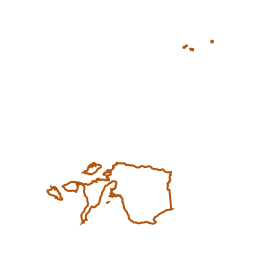 outline of Seram Bagian Barat, Maluku, Indonesia, rotated 11°
{"feature_id": "22746128B92585048181027", "entity_name": "Seram Bagian Barat", "entity_type": "district", "adm_level": 2, "iso_a3": "IDN", "parent_name": "Indonesia", "parent_adm1": "Maluku", "projection": "orthographic", "projection_center": [128.082, -2.474], "detail": "fine", "context": "isolated", "style": "outline", "palette": "amber", "viewbox_px": 256, "rotation_deg": 11, "n_neighbors": 0, "source": "geoboundaries", "source_scale": "gbopen_adm2", "svg_char_len": 5996}
<svg xmlns="http://www.w3.org/2000/svg" viewBox="0 0 256 256"><g transform="rotate(11 128 128)"><path d="M178.5,163.1L175.8,163.9L173.9,164.0L172.4,163.6L170.2,162.0L169.3,162.2L167.9,163.1L166.2,163.4L164.9,163.0L160.9,163.3L159.0,162.9L157.7,161.7L156.0,161.5L152.3,163.2L150.6,162.7L148.9,162.7L147.7,163.3L147.0,164.2L145.5,164.9L143.4,164.9L141.0,163.9L140.3,164.2L139.6,163.9L136.6,164.4L135.2,164.1L133.2,164.7L132.4,164.3L132.4,163.8L130.6,163.3L129.4,163.9L128.2,163.8L127.9,164.2L126.4,164.2L125.8,164.5L123.6,164.3L123.5,164.9L124.0,165.6L123.8,166.1L122.4,166.3L122.0,167.3L120.5,168.1L120.7,169.1L121.7,169.7L121.0,171.0L119.0,173.1L116.1,173.2L115.2,174.3L115.3,175.1L116.0,175.7L117.7,175.3L119.2,174.2L119.6,174.5L119.5,175.5L119.9,177.0L116.6,178.9L117.3,179.3L117.4,180.0L117.0,179.8L116.8,180.2L117.1,180.1L117.1,180.8L118.1,181.9L118.6,181.5L118.8,182.1L119.2,182.2L119.2,183.0L118.3,183.0L117.8,183.4L116.3,183.2L115.4,183.8L113.7,183.4L112.1,183.7L111.5,184.1L111.0,183.8L110.5,184.1L109.0,183.6L108.8,183.8L109.2,184.3L108.7,184.7L108.3,184.3L109.0,184.3L108.6,184.0L108.5,183.5L107.2,184.5L107.0,185.4L106.4,185.8L106.4,186.7L107.0,186.6L107.2,186.9L106.0,186.9L105.9,186.6L105.5,186.9L105.1,186.6L104.6,187.0L104.0,186.8L103.7,187.5L103.3,187.4L103.4,188.8L102.4,189.2L101.8,190.1L100.5,190.9L99.1,191.6L97.4,190.8L96.2,191.6L95.2,191.7L94.3,191.3L93.5,191.5L93.8,192.3L96.0,193.5L96.7,194.5L96.9,198.6L97.2,199.6L98.2,200.9L98.2,202.1L100.9,204.2L101.4,205.0L102.3,208.0L103.3,209.6L103.0,211.5L103.2,212.3L102.1,213.6L101.1,215.5L100.7,218.2L99.6,220.0L98.8,222.5L99.9,225.9L101.1,227.4L101.4,229.0L101.2,229.7L101.5,229.4L102.7,229.2L102.5,228.2L102.6,227.4L103.5,226.5L104.9,226.0L103.7,224.4L103.4,222.1L103.5,220.4L104.3,219.6L105.8,217.4L106.0,215.5L107.1,212.6L107.8,211.8L109.1,212.4L110.0,212.3L111.3,211.3L111.4,210.3L113.6,208.6L113.7,207.3L114.3,205.3L114.0,204.4L114.4,203.2L114.0,202.5L114.4,201.1L114.2,200.6L114.8,199.5L115.0,197.1L114.8,196.4L115.1,196.0L115.2,194.8L115.7,194.3L116.2,192.5L116.3,190.4L117.0,189.1L118.7,188.0L120.1,186.0L122.0,184.6L122.3,183.8L123.5,183.1L125.6,182.9L126.0,183.3L126.6,183.3L127.1,184.3L127.2,186.5L126.6,187.3L127.3,188.6L126.6,189.5L126.7,190.0L125.7,190.7L124.6,190.3L124.4,189.9L124.5,190.9L124.2,191.4L124.6,192.1L124.1,192.4L123.3,191.8L123.5,192.7L123.9,193.1L123.8,193.8L123.2,194.3L124.1,193.9L124.4,194.2L123.4,195.5L124.4,196.1L124.4,196.6L125.1,198.0L125.8,198.5L126.2,197.5L126.6,197.5L126.8,197.0L127.4,197.2L126.4,195.4L127.0,195.5L127.6,196.3L128.1,196.4L129.1,197.1L129.4,197.0L129.1,196.5L129.4,196.3L129.9,196.9L130.4,196.9L131.1,196.4L130.9,195.9L132.0,195.3L131.5,196.0L132.5,196.2L133.2,195.7L133.6,195.9L133.7,197.0L135.6,197.9L136.0,198.6L136.5,199.8L136.4,201.6L137.5,202.3L138.1,204.3L139.0,205.6L139.4,207.5L140.9,208.7L141.5,209.8L142.7,210.4L143.7,211.8L143.9,212.6L145.2,213.6L146.1,216.6L146.8,217.3L147.9,217.7L148.9,218.6L150.4,218.8L151.3,219.5L152.2,219.7L154.1,219.1L155.5,219.6L157.0,219.5L158.6,218.6L161.9,217.7L163.7,216.5L164.7,216.8L165.7,216.7L166.3,217.2L171.1,217.2L173.3,215.4L173.3,215.0L170.7,213.3L171.1,212.2L170.9,211.5L171.2,210.8L172.3,209.7L172.8,209.5L175.6,206.1L179.5,203.2L180.9,201.6L184.4,200.2L185.9,199.9L186.7,199.2L185.9,199.2L185.6,198.4L180.5,180.9L178.9,181.0L178.4,179.9L178.0,177.6L178.3,176.9L177.5,175.2L177.7,173.9L177.4,173.4L178.1,174.0L178.5,173.9L178.5,173.0L178.8,173.0L179.2,172.4L179.0,172.0L179.4,171.2L178.6,170.0L178.9,169.7L178.2,168.1L178.2,166.8L178.8,166.2L178.3,165.6L178.7,164.5L178.4,164.2L178.5,163.1ZM86.4,191.0L84.5,191.6L83.8,191.4L82.7,191.7L79.8,194.0L79.2,194.9L76.4,196.3L75.0,197.9L76.6,198.6L78.5,200.4L81.4,201.1L84.0,200.7L85.4,200.0L87.6,200.0L89.1,200.7L89.5,200.4L89.6,199.9L89.2,198.8L90.1,197.3L89.9,195.3L89.1,194.0L89.8,194.1L89.9,193.7L88.1,192.7L87.4,191.5L86.4,191.0ZM101.6,168.7L100.5,169.0L100.5,169.5L101.0,169.7L101.5,169.5L102.8,170.3L103.1,171.4L101.5,170.9L100.7,172.2L99.9,172.4L99.9,172.7L99.6,172.5L99.7,172.8L98.7,173.2L97.2,173.3L97.4,174.0L96.6,174.8L96.3,176.3L96.4,177.3L94.9,178.5L94.1,178.5L92.7,180.1L93.7,179.9L94.2,180.4L94.9,180.2L95.9,180.6L96.9,180.1L97.3,180.4L98.6,180.3L98.4,180.5L98.6,180.7L100.6,180.5L101.5,180.1L104.4,177.6L105.3,176.5L105.9,174.4L108.9,171.6L108.7,170.8L107.7,169.8L105.8,169.7L104.1,170.0L102.7,169.5L101.6,168.7ZM68.9,200.7L68.2,200.9L68.1,201.5L67.7,201.4L67.7,201.7L66.9,201.0L65.1,201.7L64.3,201.1L64.7,202.0L64.6,202.9L63.4,203.7L61.0,204.6L61.1,205.5L61.3,205.4L62.8,207.7L65.9,208.5L68.1,208.5L69.9,209.1L71.5,209.3L72.0,210.3L73.0,211.2L74.4,211.0L75.3,211.4L76.7,211.0L77.0,210.5L76.9,210.0L74.8,208.5L74.4,207.6L74.4,206.5L73.8,205.4L73.5,205.2L72.8,205.5L71.9,203.9L71.1,203.5L70.7,202.7L69.9,202.4L69.3,201.6L69.8,201.7L69.6,201.5L68.7,201.8L68.5,201.5L69.2,201.0L68.9,200.7ZM101.6,170.2L101.0,169.8L101.0,170.1L99.1,170.6L97.3,172.3L96.9,173.1L98.2,173.0L99.0,172.4L100.2,172.2L100.3,171.7L101.3,171.0L101.6,170.2ZM91.8,191.0L88.6,191.0L87.7,191.3L88.2,192.3L88.8,192.0L89.9,192.2L90.6,192.9L91.2,192.5L90.4,191.4L91.4,191.5L91.6,192.2L93.2,191.4L91.8,191.0ZM194.7,26.4L193.7,26.3L193.3,26.8L193.2,27.5L193.7,28.1L194.9,27.3L195.0,26.9L194.7,26.4ZM176.5,39.5L177.0,39.2L177.0,38.4L176.8,38.1L176.1,38.0L175.7,38.6L175.8,39.2L176.5,39.5ZM114.1,176.5L113.6,176.4L113.2,176.9L112.8,178.4L113.3,178.6L113.7,178.5L114.1,176.5ZM167.6,38.7L168.6,38.3L168.5,37.5L167.8,37.4L167.1,37.8L167.1,38.5L167.6,38.7ZM66.6,199.8L66.1,200.5L67.6,200.8L67.8,201.2L68.0,200.3L66.6,199.8ZM124.6,198.4L124.3,196.9L122.9,198.4L123.2,198.6L123.8,198.2L124.6,198.4ZM175.0,38.9L174.5,38.2L174.0,38.6L174.7,39.3L175.0,38.9ZM169.2,36.8L170.1,36.4L169.9,35.8L169.0,36.3L168.9,36.6L169.2,36.8ZM121.4,206.1L122.6,204.6L122.3,204.7L121.9,205.0L121.5,205.6L121.4,206.1ZM70.4,209.9L70.1,210.0L70.2,210.5L70.7,210.5L70.4,209.9ZM65.7,201.0L64.8,200.9L65.1,201.3L65.7,201.0ZM115.9,179.0L115.4,178.9L115.1,179.1L115.9,179.0Z" fill="none" stroke="#b45309" stroke-width="2"/></g></svg>